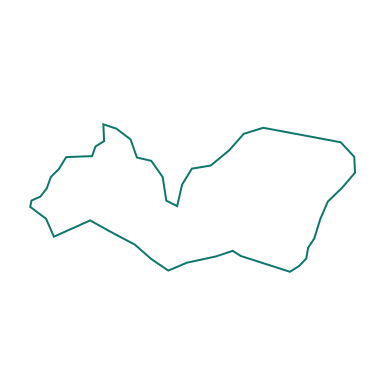 outline of Lira, rotated 283°
{"feature_id": "UGA-3099", "entity_name": "Lira", "entity_type": "District", "adm_level": 1, "iso_a3": "UGA", "parent_name": "Uganda", "parent_adm1": "", "projection": "orthographic", "projection_center": [32.907, 2.332], "detail": "fine", "context": "isolated", "style": "outline", "palette": "teal", "viewbox_px": 384, "rotation_deg": 283, "n_neighbors": 0, "source": "natural_earth", "source_scale": "10m", "svg_char_len": 716}
<svg xmlns="http://www.w3.org/2000/svg" viewBox="0 0 384 384"><g transform="rotate(283 192 192)"><path d="M135.4,119.8L141.4,99.1L117.4,67.5L133.1,55.8L141.1,37.7L147.6,37.5L153.4,45.3L162.9,49.7L174.9,51.1L184.4,57.1L197.7,61.6L204.5,86.6L214.6,87.7L221.8,94.9L238.0,90.4L236.7,104.1L229.4,120.3L213.2,130.6L213.2,145.3L199.9,160.1L177.8,168.9L174.9,180.7L197.0,180.7L214.7,186.6L222.0,204.3L241.2,219.0L260.3,229.3L270.6,247.0L273.9,325.8L262.7,342.2L247.5,346.5L230.1,337.4L213.2,326.5L194.6,323.1L174.2,321.6L163.9,317.7L152.9,318.3L144.0,313.0L136.3,305.4L140.6,254.1L143.8,244.8L134.6,229.8L121.9,202.8L110.1,186.6L117.5,167.4L127.8,148.3L135.4,119.8Z" fill="none" stroke="#0f766e" stroke-width="2"/></g></svg>